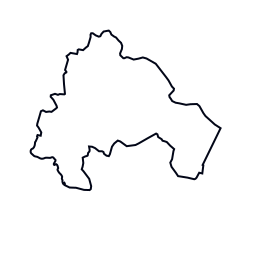 an SVG outline of Ségou, rotated 116°
{"feature_id": "MLI-2810", "entity_name": "Ségou", "entity_type": "Region", "adm_level": 1, "iso_a3": "MLI", "parent_name": "Mali", "parent_adm1": "", "projection": "robinson", "projection_center": [-5.293, 14.054], "detail": "fine", "context": "isolated", "style": "outline", "palette": "ink", "viewbox_px": 256, "rotation_deg": 116, "n_neighbors": 0, "source": "natural_earth", "source_scale": "10m", "svg_char_len": 2819}
<svg xmlns="http://www.w3.org/2000/svg" viewBox="0 0 256 256"><g transform="rotate(116 128 128)"><path d="M206.8,160.7L206.5,160.3L206.3,160.1L206.2,160.1L205.8,160.3L205.1,161.2L205.4,161.4L206.1,161.5L206.5,161.8L206.2,162.3L205.5,163.0L204.8,163.5L204.2,163.8L203.6,164.0L202.8,165.0L202.4,165.3L201.0,165.7L200.6,165.9L199.8,166.8L199.2,167.9L198.4,170.2L197.6,171.6L196.6,172.9L196.1,173.2L195.6,173.2L195.1,173.1L194.6,173.2L193.9,173.8L192.9,174.7L192.2,175.7L192.0,176.6L192.3,177.1L193.4,177.8L193.5,178.3L193.1,178.8L192.6,179.0L189.3,178.8L188.5,179.2L187.8,181.1L187.5,181.6L187.3,182.1L187.3,182.8L187.5,183.4L189.0,184.9L190.4,188.2L191.0,189.2L192.5,190.6L193.4,191.9L193.8,193.5L193.7,196.8L194.3,199.4L194.3,200.1L193.2,203.9L192.7,204.6L192.0,205.1L191.1,205.5L190.0,205.6L189.3,205.4L187.9,204.4L186.4,204.1L184.7,204.2L183.0,204.7L181.5,205.3L180.7,205.1L176.2,205.2L175.4,206.1L174.0,206.2L173.2,203.1L170.0,204.0L166.8,208.6L165.7,210.8L163.9,211.4L157.3,212.5L151.1,213.6L149.4,212.2L149.5,208.7L147.7,206.0L147.0,203.8L141.7,201.1L140.7,200.8L139.3,202.0L135.3,207.5L133.8,211.2L132.4,211.7L129.3,208.6L128.9,205.5L127.4,204.2L125.7,200.0L125.0,199.6L116.7,204.7L108.9,209.1L106.6,208.9L105.1,207.8L104.6,207.9L103.4,210.0L92.9,211.8L90.4,214.7L87.9,213.4L85.7,212.6L84.6,208.8L83.9,206.3L82.2,206.5L79.9,207.4L78.9,206.7L77.7,202.5L74.2,201.1L72.0,200.0L68.3,200.5L62.6,201.5L60.5,202.6L59.0,202.6L58.3,201.2L58.9,197.6L58.7,194.3L57.6,193.1L55.1,193.1L52.0,192.2L49.6,189.0L48.9,188.0L49.5,186.0L51.3,183.9L51.9,180.5L51.9,178.4L53.5,174.9L54.5,171.6L56.7,169.2L59.7,168.1L64.4,167.8L66.0,166.8L67.3,162.8L66.8,161.8L65.0,160.3L64.4,158.6L64.0,152.9L61.1,149.0L58.1,145.6L57.4,141.8L58.1,131.2L65.7,115.8L67.5,112.4L71.5,106.7L72.5,103.9L74.3,103.4L80.5,105.3L82.0,104.2L83.1,102.1L84.4,100.1L84.4,96.3L83.4,92.9L81.7,85.9L79.2,82.2L76.2,76.5L77.0,73.4L81.7,66.6L83.3,63.6L86.8,51.5L87.6,44.7L92.6,44.7L99.3,44.7L103.2,44.7L106.9,44.7L110.3,44.7L113.5,44.7L120.3,44.7L128.2,44.7L128.3,44.7L128.5,44.7L128.5,44.3L128.6,44.0L128.6,43.9L136.3,41.3L137.0,44.4L142.5,44.6L144.1,45.1L145.0,46.0L146.5,52.7L149.3,61.9L147.4,65.1L143.8,71.9L140.6,74.8L136.7,74.7L128.9,77.0L126.7,77.3L125.4,82.3L123.6,87.0L123.9,89.4L124.3,91.4L123.3,92.9L122.9,96.9L120.8,98.8L120.7,100.3L128.4,105.7L137.1,111.6L140.0,113.8L144.9,121.2L143.5,129.0L143.8,131.7L148.0,133.6L151.8,134.2L159.5,132.8L161.7,132.9L162.3,135.2L161.7,138.2L160.3,139.6L160.3,141.2L161.6,143.9L160.5,148.8L160.6,152.1L161.7,154.9L164.6,152.8L166.0,152.4L167.8,152.9L170.4,152.2L171.1,152.6L172.3,154.0L174.5,155.7L179.1,152.8L182.9,151.8L185.4,151.5L186.4,149.0L190.7,140.6L196.4,135.6L199.2,134.7L200.6,135.3L202.9,140.4L204.5,148.5L207.1,154.4L207.1,159.8L207.1,160.2L206.8,160.7Z" fill="none" stroke="#020617" stroke-width="2"/></g></svg>